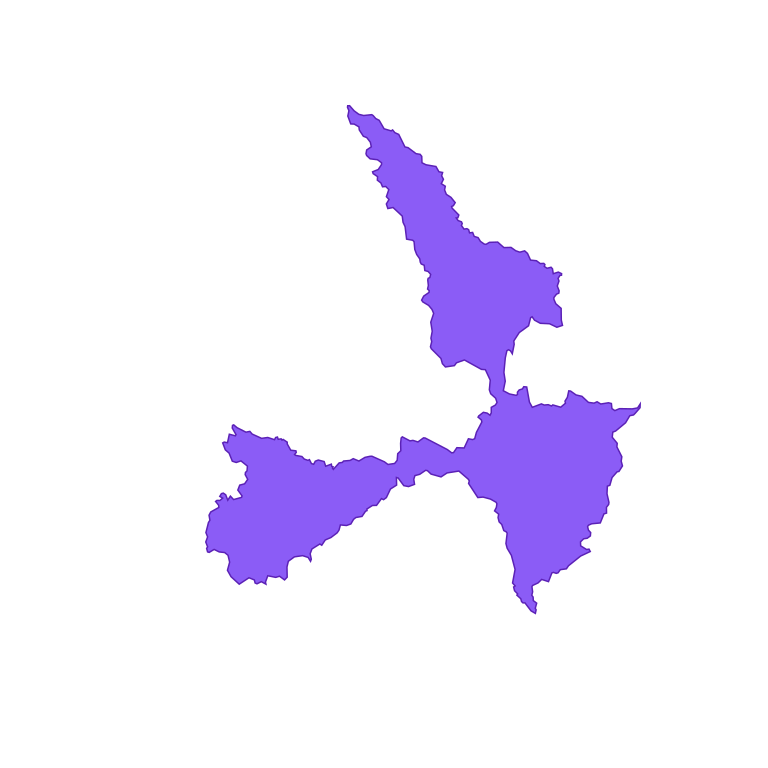 Bocaiúva, Minas Gerais, Brazil, rotated 157°
{"feature_id": "56859067B89519159467190", "entity_name": "Bocaiúva", "entity_type": "district", "adm_level": 2, "iso_a3": "BRA", "parent_name": "Brazil", "parent_adm1": "Minas Gerais", "projection": "robinson", "projection_center": [-43.673, -17.387], "detail": "fine", "context": "isolated", "style": "filled", "palette": "violet", "viewbox_px": 768, "rotation_deg": 157, "n_neighbors": 0, "source": "geoboundaries", "source_scale": "gbopen_adm2", "svg_char_len": 6171}
<svg xmlns="http://www.w3.org/2000/svg" viewBox="0 0 768 768"><g transform="rotate(157 384 384)"><path d="M335.8,162.1L343.4,150.6L342.2,146.9L344.0,146.5L344.6,142.7L343.0,138.5L344.2,137.7L342.0,132.9L342.4,130.0L341.6,128.2L339.8,127.5L337.3,117.7L334.3,113.7L332.2,116.7L332.4,118.4L329.1,122.6L331.2,126.3L330.0,129.6L330.5,131.8L328.4,134.6L327.0,139.7L325.9,140.5L319.9,140.7L315.2,142.5L309.8,137.8L303.3,144.5L301.7,144.4L299.4,142.4L297.5,142.2L294.3,144.2L288.3,142.6L285.2,144.6L270.2,148.8L259.6,149.2L259.8,151.9L262.2,152.5L266.2,158.2L264.8,161.9L260.7,163.5L257.2,162.6L253.4,163.5L251.8,166.5L252.9,169.6L252.3,173.2L251.0,174.1L247.5,174.2L239.2,171.6L232.3,178.5L229.6,178.2L227.4,183.6L224.3,185.3L223.2,187.1L221.6,195.9L218.3,202.7L215.7,202.5L210.6,208.8L203.7,212.1L201.9,211.7L196.5,215.4L195.8,220.3L193.5,224.1L194.2,235.1L192.5,238.3L194.7,245.8L192.2,250.3L189.2,250.2L176.8,253.9L170.1,258.8L166.4,258.0L164.2,258.9L157.6,262.1L156.0,265.5L159.9,262.9L165.2,264.1L176.9,269.3L181.9,269.3L183.8,272.3L182.3,277.2L184.7,279.0L192.3,280.9L194.8,284.4L198.1,284.3L203.0,287.2L206.6,295.3L211.5,298.9L215.0,304.6L216.6,305.5L220.4,300.1L224.1,297.5L224.5,295.4L230.4,293.6L236.8,298.8L238.4,298.3L240.9,300.8L244.7,302.0L246.9,304.2L256.6,304.6L257.2,310.5L253.8,325.5L256.4,326.9L258.5,325.4L261.9,325.7L264.4,324.3L265.2,322.2L266.7,321.9L272.4,325.8L276.8,331.2L271.3,339.2L269.1,347.8L262.1,360.7L257.9,366.6L256.0,366.9L254.6,365.1L254.1,361.7L248.7,369.6L247.7,372.9L239.4,378.5L228.2,381.1L223.1,387.8L221.4,388.0L220.5,383.9L216.4,378.8L208.1,374.8L202.7,368.7L196.8,368.2L195.8,373.6L191.4,384.4L194.5,390.8L194.5,395.8L193.8,397.2L190.1,399.3L187.6,399.3L186.4,401.3L186.2,406.5L182.7,410.4L182.5,413.2L179.6,415.2L178.1,414.8L177.4,416.2L179.8,418.9L185.1,419.4L183.9,424.2L184.6,426.2L188.7,426.8L190.5,429.6L189.2,431.1L189.8,432.6L193.1,433.8L195.5,437.9L200.7,440.8L200.9,448.2L202.5,451.6L207.5,452.3L210.7,455.2L213.7,460.1L220.3,462.7L223.9,470.2L231.6,473.2L235.5,472.7L237.0,473.6L239.5,477.6L240.2,482.0L243.3,484.6L243.2,488.9L246.2,489.7L245.8,493.0L247.0,494.6L249.8,495.3L250.8,499.6L249.3,501.1L249.3,503.0L251.9,505.5L252.6,508.6L251.0,508.2L249.1,510.3L252.6,519.3L252.4,521.0L250.5,521.0L247.6,523.1L249.4,529.6L252.5,534.2L252.4,539.0L250.3,542.1L253.0,546.0L249.3,549.2L249.6,553.1L247.4,555.8L250.5,557.9L251.2,563.9L259.7,569.4L262.6,572.8L260.3,578.8L261.0,581.3L264.5,583.5L269.5,592.2L272.1,594.0L272.9,608.0L275.8,611.1L276.8,614.5L278.5,614.2L284.2,618.9L285.4,628.6L287.9,631.6L289.1,635.3L290.0,636.7L297.8,639.1L301.8,642.1L304.8,647.2L306.9,653.6L308.7,654.3L309.5,653.0L309.5,649.3L312.6,644.8L313.0,636.4L309.9,634.9L306.6,630.5L307.5,627.5L306.2,620.1L303.6,617.6L302.1,611.9L303.0,607.3L308.5,606.2L310.6,603.0L310.7,601.1L308.8,596.7L302.4,593.0L299.8,588.6L300.6,586.9L305.5,583.7L311.6,583.8L311.8,581.9L308.9,577.4L310.5,574.2L308.3,570.3L308.3,566.1L305.2,565.1L303.6,561.1L308.6,555.5L307.3,551.9L311.5,548.8L311.9,544.0L306.7,542.9L301.6,531.4L303.3,525.4L303.1,520.6L306.6,508.5L301.4,505.1L300.7,503.3L303.1,495.8L303.3,490.5L302.2,485.2L303.0,482.0L302.8,479.9L300.6,477.6L302.1,472.5L299.4,470.3L298.2,466.7L300.2,464.1L302.1,464.0L303.1,462.6L304.7,457.3L306.8,454.4L305.9,452.3L306.8,450.7L313.1,449.4L316.6,446.5L316.2,444.4L312.2,438.9L310.7,433.9L310.7,429.6L316.8,422.6L319.0,413.7L322.9,407.8L323.5,404.4L326.7,400.1L326.7,398.0L321.6,385.3L322.3,379.9L320.8,375.7L312.0,373.4L309.0,375.2L300.6,374.7L288.6,359.4L285.1,357.6L284.7,346.0L289.3,337.5L289.6,333.3L286.8,327.3L287.2,322.8L289.7,321.1L294.4,320.6L296.5,315.6L298.6,313.8L300.4,316.9L303.6,319.1L309.3,317.6L310.4,316.7L308.4,312.9L308.8,310.8L317.8,303.4L321.9,298.2L324.1,298.2L327.7,300.6L335.2,293.8L341.8,296.9L346.8,293.7L348.6,294.2L351.3,298.9L367.2,318.2L368.7,319.0L375.4,317.4L379.4,320.8L382.3,321.5L387.8,328.2L389.3,327.6L391.9,322.9L394.6,316.0L398.6,314.5L401.7,308.6L405.3,306.7L411.8,308.4L414.0,312.2L423.3,322.2L425.0,322.9L430.2,323.9L437.2,322.9L441.5,327.3L445.1,326.9L451.3,328.9L453.0,328.1L456.1,328.9L464.0,325.2L464.3,326.8L463.2,327.6L464.3,328.6L463.8,330.8L469.8,331.1L469.4,336.0L474.2,339.7L477.4,339.8L480.1,337.6L481.9,339.1L482.2,343.5L483.8,343.4L486.7,346.0L487.9,349.3L493.2,352.8L493.9,354.0L491.5,355.3L491.2,356.9L495.7,359.5L496.5,366.6L495.8,368.3L498.5,372.4L499.8,372.2L500.1,373.7L503.0,374.4L502.8,376.8L504.7,377.1L506.5,375.5L511.9,380.2L517.9,381.8L524.9,389.4L526.0,392.8L529.9,393.6L536.3,401.2L538.3,405.1L539.6,405.1L540.9,402.8L540.0,395.2L541.1,394.4L546.0,398.2L551.0,391.1L553.8,393.0L555.5,392.8L555.8,385.4L553.6,380.9L553.8,372.2L550.7,369.5L545.7,369.1L541.8,361.8L544.0,357.6L546.1,356.7L547.2,354.8L546.7,349.5L551.3,346.6L556.3,347.3L560.0,343.5L558.4,336.5L559.4,335.3L567.6,336.4L569.2,340.8L573.2,338.1L573.0,343.9L574.6,346.4L576.5,346.6L579.1,344.7L577.1,342.0L580.5,340.9L583.3,342.1L584.9,341.7L583.6,337.0L584.3,334.9L593.5,333.9L596.3,331.6L597.5,326.6L599.7,325.1L606.0,316.8L606.1,312.2L609.8,308.2L610.0,303.0L611.5,302.0L612.0,298.4L610.7,297.3L605.0,298.1L601.3,293.8L596.5,291.1L594.5,287.3L595.7,280.3L600.9,273.7L600.1,266.4L595.5,256.3L584.0,258.4L579.9,254.3L580.4,251.2L579.0,249.7L574.2,250.0L570.9,245.9L570.5,248.0L565.9,252.9L559.2,248.3L555.3,247.9L552.1,242.5L548.6,244.0L544.8,253.5L541.3,258.2L534.0,259.9L526.0,257.8L521.6,254.0L520.9,249.5L519.4,251.1L518.3,256.6L514.8,260.3L505.6,261.8L504.3,259.9L499.0,263.4L492.9,263.4L485.3,265.3L482.5,267.1L479.2,271.3L473.8,268.4L469.2,268.1L464.9,271.3L462.0,272.1L456.0,270.7L450.7,274.1L449.1,274.1L448.6,275.6L442.1,276.7L438.3,275.2L431.1,279.5L429.6,277.7L426.2,278.5L419.1,284.8L411.9,286.0L409.1,293.1L407.7,291.9L405.5,282.7L401.5,280.0L395.1,279.7L393.8,284.7L391.3,287.6L386.4,286.9L379.4,288.3L377.9,287.3L375.9,282.7L367.8,276.2L360.7,277.5L349.1,274.6L343.7,263.6L343.3,261.5L345.0,259.4L342.0,242.8L337.0,241.2L331.0,236.5L327.0,231.3L326.9,229.6L328.8,226.5L331.8,224.0L329.3,219.4L331.2,216.5L331.9,212.1L330.5,208.7L331.0,202.3L329.1,199.9L329.0,198.4L334.1,189.5L334.8,184.7L333.7,176.5L335.8,162.1Z" fill="#8b5cf6" stroke="#5b21b6" stroke-width="1.5"/></g></svg>